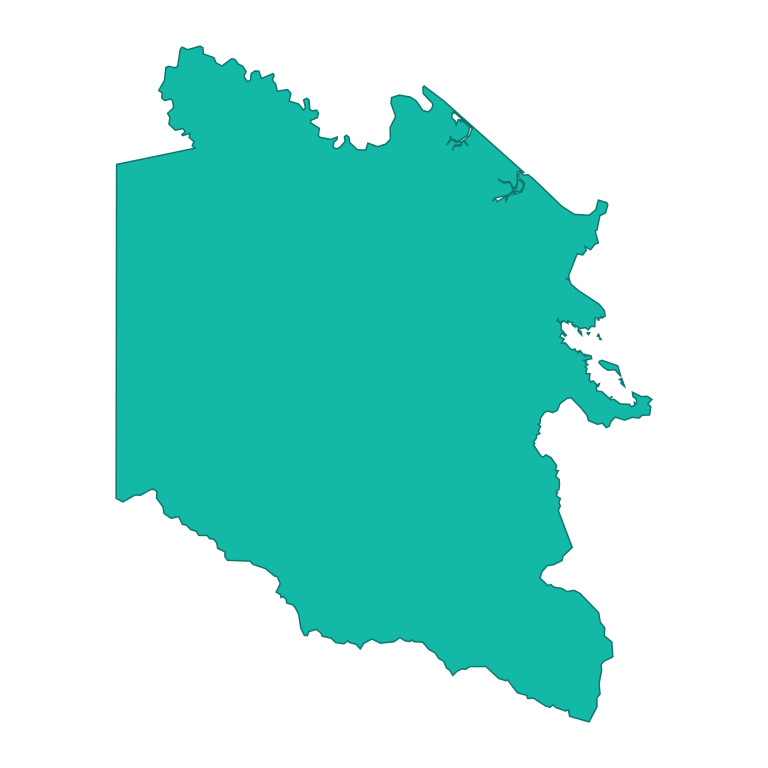 outline of Changuinola, Bocas del Toro, Panama
{"feature_id": "35544464B1778139424471", "entity_name": "Changuinola", "entity_type": "district", "adm_level": 2, "iso_a3": "PAN", "parent_name": "Panama", "parent_adm1": "Bocas del Toro", "projection": "orthographic", "projection_center": [-82.488, 9.215], "detail": "fine", "context": "isolated", "style": "filled", "palette": "teal", "viewbox_px": 768, "rotation_deg": 0, "n_neighbors": 0, "source": "geoboundaries", "source_scale": "gbopen_adm2", "svg_char_len": 6095}
<svg xmlns="http://www.w3.org/2000/svg" viewBox="0 0 768 768"><path d="M647.9,403.9L651.9,399.4L647.5,396.4L641.4,396.6L632.4,392.2L633.1,396.9L635.3,397.9L636.8,401.7L636.0,403.8L634.4,402.5L634.7,405.3L631.2,406.7L629.4,404.3L620.4,404.0L613.9,399.4L610.7,399.7L602.0,391.7L596.8,391.0L596.3,386.6L598.9,384.5L597.1,386.5L598.4,386.4L599.3,383.7L596.8,384.9L593.1,380.9L590.9,382.1L589.3,379.3L590.0,373.8L585.8,373.5L587.0,368.4L585.2,366.9L587.8,364.5L585.5,363.5L586.4,361.7L585.8,360.0L585.8,361.3L584.0,360.5L591.7,358.6L590.9,355.8L587.4,355.0L586.9,356.1L585.1,354.2L584.5,355.8L580.4,351.0L578.8,352.4L579.3,350.8L576.5,351.8L574.8,348.8L572.9,350.0L569.9,348.4L565.3,342.9L561.5,343.1L564.2,339.0L559.8,336.7L561.8,333.0L565.0,336.2L566.3,335.4L561.0,329.0L561.3,322.4L560.2,322.8L557.0,320.7L558.4,318.0L557.6,320.5L559.7,321.9L562.6,321.9L562.9,320.5L567.7,323.2L567.1,321.7L568.6,319.8L567.7,321.7L572.6,322.6L572.0,324.5L574.7,326.8L574.4,325.3L580.2,328.5L585.5,327.6L588.2,329.8L591.3,326.3L594.7,326.7L595.1,317.9L600.6,318.0L601.1,316.5L602.1,317.9L605.2,316.1L604.3,310.6L599.2,304.3L578.0,290.3L571.0,284.2L569.6,280.5L565.6,278.2L569.4,279.8L568.6,275.7L577.2,253.8L582.8,254.9L586.2,250.2L585.0,246.6L590.6,249.7L594.9,244.2L598.4,243.0L595.1,231.1L597.0,230.0L599.9,215.6L605.4,213.1L607.8,205.0L606.8,202.6L598.3,200.1L595.8,209.8L589.0,215.3L574.2,214.3L561.8,206.3L532.5,178.1L528.0,174.7L523.8,175.2L520.1,171.8L517.6,176.3L524.7,183.5L521.9,191.8L513.8,194.3L515.7,192.3L513.2,192.2L507.8,196.4L507.3,199.0L505.8,199.9L506.6,202.3L505.4,199.4L507.4,196.5L506.2,196.0L497.2,201.7L495.4,198.4L492.5,201.4L494.6,198.1L508.9,194.8L512.9,190.7L520.4,191.6L523.6,186.1L522.1,181.7L518.3,179.6L516.4,188.4L512.9,189.2L509.9,182.5L503.5,182.9L497.6,178.8L503.9,182.1L509.8,181.6L512.8,187.4L515.4,187.5L517.3,182.8L517.2,172.1L520.1,170.7L524.4,172.9L443.9,101.0L424.1,86.0L422.9,87.2L423.3,93.7L433.0,104.0L431.9,108.6L428.2,111.9L422.9,110.5L416.2,100.9L410.4,97.1L399.3,95.1L391.6,97.6L391.0,103.4L395.7,116.4L390.1,127.5L390.4,139.1L385.9,144.0L377.8,146.7L367.9,143.1L365.8,150.1L357.2,149.7L349.7,142.5L348.9,137.1L346.4,135.2L344.4,137.0L345.1,141.6L339.6,147.5L336.1,148.9L333.1,147.1L333.9,142.2L337.0,139.5L337.2,137.0L330.9,139.4L320.0,137.3L318.3,135.4L319.4,128.4L310.5,122.8L311.1,120.2L317.2,117.8L318.5,113.2L316.6,110.2L312.1,110.8L309.8,109.4L309.0,99.8L306.6,98.3L303.6,99.9L305.5,107.5L303.7,110.2L298.6,104.0L289.1,101.1L290.9,93.4L287.7,89.6L277.2,91.2L275.6,84.0L272.3,80.1L274.1,75.6L273.0,73.6L261.5,78.5L258.9,71.2L255.2,70.8L251.2,73.6L250.5,80.2L247.4,81.7L243.9,76.4L246.1,71.6L242.9,66.3L238.4,64.1L234.8,59.3L231.5,58.8L221.9,66.0L216.1,62.9L213.9,57.7L203.3,53.9L202.9,47.8L200.0,46.1L187.9,49.7L181.9,47.1L180.3,49.2L177.7,66.1L175.0,67.8L168.4,66.3L165.9,67.6L164.5,80.2L158.7,90.6L162.1,92.7L161.8,98.0L164.8,100.6L170.5,99.0L172.7,100.8L173.5,107.8L167.6,113.4L170.0,117.5L168.9,124.1L175.3,130.2L183.0,128.6L185.2,131.8L181.9,134.6L182.6,135.6L189.8,133.4L189.2,137.6L193.9,141.5L192.2,145.9L195.1,148.2L116.6,164.4L116.1,498.4L122.9,501.9L135.0,495.0L140.6,495.2L150.5,489.6L154.1,489.3L157.0,491.8L156.5,498.0L162.9,506.8L164.1,513.5L171.1,518.3L178.7,516.6L182.4,524.4L186.6,525.2L190.7,529.6L196.2,531.2L198.8,535.4L207.2,535.5L209.7,538.7L213.8,539.3L216.8,543.0L217.7,548.4L225.0,551.8L224.9,556.6L227.5,560.3L250.1,561.1L252.9,564.3L265.5,568.6L274.4,576.0L277.2,576.5L280.3,583.6L276.2,592.1L280.4,594.6L281.1,597.6L283.0,596.5L286.2,599.4L286.6,602.9L292.9,604.9L295.3,607.8L298.7,614.2L300.8,628.2L304.4,635.4L307.3,635.6L308.8,631.6L316.3,629.4L321.0,633.0L322.2,636.2L331.3,638.3L335.6,642.5L343.9,643.8L348.1,640.6L349.2,642.4L356.2,644.4L360.3,649.0L363.7,643.4L371.8,639.0L380.6,643.2L394.0,641.7L399.9,637.6L405.2,640.9L409.9,641.5L411.9,639.9L413.7,641.6L422.7,642.2L429.1,649.6L435.1,652.8L438.8,658.5L443.7,661.2L446.5,668.0L450.0,670.5L452.8,675.4L457.0,671.3L462.0,668.8L465.4,669.4L469.9,666.6L485.9,666.5L498.8,678.5L505.9,680.7L507.5,679.8L517.4,692.8L526.6,695.3L527.7,698.5L533.5,698.2L545.6,706.0L550.0,707.2L553.2,704.8L555.8,707.5L565.5,711.0L568.4,709.8L569.6,716.3L589.1,721.9L597.0,706.7L596.9,697.8L600.0,694.2L599.1,683.5L601.6,670.3L601.0,664.7L603.4,661.6L612.8,656.8L611.8,642.0L604.3,635.8L604.7,627.8L600.2,622.1L598.7,612.8L580.1,593.5L574.1,590.3L567.3,591.6L561.4,588.3L554.2,587.3L550.8,584.6L547.8,585.5L540.0,578.0L541.9,571.7L547.4,565.6L553.3,564.8L562.0,560.6L563.0,556.2L572.2,547.4L558.3,510.5L560.3,506.0L558.9,502.9L560.3,498.5L556.7,496.2L556.4,494.2L557.7,493.1L556.3,491.4L558.9,489.7L559.5,483.4L559.2,479.6L555.6,476.2L558.3,470.6L555.3,470.3L556.6,465.7L551.1,457.7L545.9,454.8L543.3,457.0L540.9,456.0L533.6,445.0L534.8,443.4L533.7,441.7L536.4,438.2L536.5,435.2L539.8,433.6L538.3,431.2L540.6,426.2L538.1,424.4L539.9,423.4L540.4,418.3L544.4,412.5L548.1,411.0L552.5,412.6L557.3,410.4L560.1,403.5L567.4,398.2L571.3,397.9L581.0,407.9L587.0,415.4L588.5,420.6L597.5,424.3L602.3,423.2L606.3,427.6L609.3,426.1L610.9,421.6L615.3,417.1L624.5,420.1L632.4,417.3L638.9,418.1L642.4,415.2L649.6,415.0L650.7,406.6L647.9,403.9ZM452.3,150.6L454.7,145.1L460.4,144.8L461.4,143.1L460.8,141.4L456.5,142.5L451.4,139.4L446.4,145.2L450.5,138.8L450.4,135.7L451.1,138.5L458.1,141.4L467.5,135.6L469.9,127.6L466.3,123.6L461.0,120.2L460.8,122.5L460.1,120.0L458.1,119.6L456.1,125.1L455.3,121.2L451.6,117.6L452.6,112.2L453.8,113.1L454.0,111.9L472.3,128.5L469.4,135.9L464.1,140.4L468.5,146.2L463.0,140.5L460.6,146.1L454.6,145.8L452.3,150.6ZM602.0,360.3L599.0,361.5L599.3,363.1L603.6,367.4L607.8,370.2L614.9,369.7L620.9,376.5L617.7,365.8L602.0,360.3ZM624.5,386.4L621.7,378.3L619.5,379.5L621.4,380.1L621.1,383.4L624.5,386.4ZM578.3,329.0L578.1,331.1L581.6,335.0L581.3,332.2L578.3,329.0ZM589.6,332.7L587.7,332.6L587.2,333.1L588.5,334.6L589.6,332.7ZM610.0,398.4L611.8,397.2L612.3,396.2L610.0,398.4ZM598.9,336.8L599.2,335.5L598.5,334.2L597.3,336.0L598.9,336.8ZM599.8,339.3L601.1,339.5L599.8,337.5L599.8,339.3ZM599.6,320.2L598.1,319.0L597.5,319.7L599.6,320.2Z" fill="#14b8a6" stroke="#0f766e" stroke-width="1.5"/></svg>